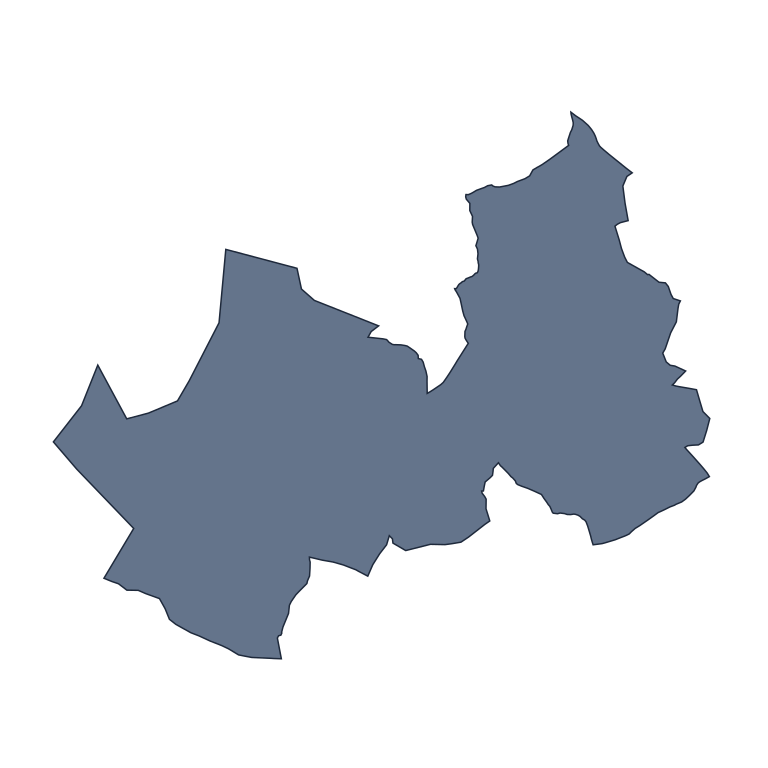 Aboh-Mbaise, Imo, Nigeria, rotated 92°
{"feature_id": "59680162B96723309662383", "entity_name": "Aboh-Mbaise", "entity_type": "district", "adm_level": 2, "iso_a3": "NGA", "parent_name": "Nigeria", "parent_adm1": "Imo", "projection": "orthographic", "projection_center": [7.239, 5.423], "detail": "fine", "context": "isolated", "style": "filled", "palette": "slate", "viewbox_px": 768, "rotation_deg": 92, "n_neighbors": 0, "source": "geoboundaries", "source_scale": "gbopen_adm2", "svg_char_len": 4503}
<svg xmlns="http://www.w3.org/2000/svg" viewBox="0 0 768 768"><g transform="rotate(92 384 384)"><path d="M290.6,90.7L288.5,97.9L284.4,100.3L276.6,103.3L273.1,106.3L272.7,112.7L265.2,123.0L265.5,124.4L262.9,127.7L254.0,145.0L248.8,147.9L240.3,151.4L231.7,154.0L218.2,158.7L216.3,156.5L214.5,153.4L212.2,145.7L194.9,149.4L177.8,152.2L168.1,148.5L164.3,143.3L160.1,149.2L146.6,167.2L142.6,172.3L141.2,174.0L140.0,175.5L138.6,176.9L136.3,178.3L133.7,179.7L131.1,180.6L128.9,181.5L126.0,183.0L122.5,185.4L118.5,188.9L113.5,194.9L109.2,201.9L105.8,206.7L107.5,206.5L110.4,205.7L113.6,204.7L116.3,204.0L118.8,204.0L123.3,205.2L126.1,206.5L129.9,207.6L132.3,208.3L134.6,208.9L137.2,208.5L139.1,207.8L153.6,226.1L159.3,233.8L161.4,237.1L162.1,238.4L163.0,239.7L164.8,242.6L170.9,245.7L173.9,250.3L177.0,257.8L179.0,261.4L181.1,266.6L182.2,271.4L183.1,275.4L183.1,279.8L182.4,281.9L181.3,283.3L182.2,287.3L184.1,290.5L185.1,293.1L186.0,295.3L187.2,298.3L189.3,301.5L190.5,303.5L191.8,306.3L191.8,308.7L194.1,308.9L196.4,308.2L200.5,304.5L207.7,304.3L213.4,301.4L219.2,301.5L221.5,301.0L232.0,296.2L234.9,295.0L238.9,296.0L242.6,297.0L245.9,295.3L250.6,294.6L255.7,295.0L258.3,294.2L259.6,294.1L261.2,293.6L262.6,293.5L265.1,293.6L266.5,293.7L268.2,294.0L269.6,294.7L270.1,296.3L270.7,297.0L271.9,298.0L273.4,299.6L274.1,301.5L275.1,303.6L275.9,305.6L278.3,307.4L279.0,309.3L280.1,310.4L281.2,311.9L282.0,312.7L283.7,313.7L285.1,314.4L286.2,315.2L286.2,316.7L287.4,316.2L289.7,314.6L292.6,312.9L295.8,311.0L297.8,310.5L300.1,309.9L302.5,309.3L308.2,307.9L313.0,306.4L316.5,304.6L319.3,303.2L321.1,302.4L324.2,303.4L326.4,304.0L328.6,304.9L330.5,304.9L333.8,304.9L335.3,304.6L336.7,303.8L338.6,302.5L340.4,301.2L358.3,311.7L361.4,313.4L370.3,318.5L375.2,321.5L380.3,324.8L382.7,327.3L388.1,334.7L390.1,337.6L391.9,340.5L385.8,340.8L379.7,341.1L375.0,341.2L369.5,342.6L365.4,344.2L360.8,345.6L358.0,347.4L357.4,350.6L354.1,350.9L351.6,352.9L349.9,354.9L347.7,358.3L345.3,362.1L344.8,364.4L344.3,368.5L344.3,369.0L344.3,370.6L344.3,373.8L344.4,375.3L344.1,377.1L342.0,380.6L340.4,382.0L339.5,383.0L338.9,386.6L337.8,401.6L332.0,398.6L326.1,391.4L302.9,456.5L292.0,469.8L271.4,475.0L255.0,546.8L328.6,551.0L387.6,578.8L408.1,589.8L421.3,618.4L427.8,639.9L375.1,670.7L416.3,685.5L453.4,712.4L479.7,688.2L537.1,629.1L587.9,657.1L589.4,653.1L590.9,649.0L592.9,642.4L599.0,633.8L598.8,622.4L601.8,614.8L606.3,600.9L616.2,594.9L626.7,590.2L631.5,583.6L635.4,576.0L639.3,568.4L642.3,559.8L647.1,548.4L649.8,540.6L651.0,537.3L651.1,537.0L653.4,531.7L654.0,530.3L659.8,519.9L660.9,513.2L661.9,506.6L662.0,496.1L662.1,487.1L662.2,484.7L662.2,477.0L641.6,481.7L639.3,480.6L638.6,478.3L636.4,477.4L635.9,477.7L630.4,476.5L621.2,473.1L616.6,471.4L608.4,470.8L604.6,469.1L597.7,464.7L594.0,461.4L586.1,454.1L583.4,453.6L578.5,451.7L570.7,451.5L564.5,451.6L562.3,452.3L559.6,452.5L562.2,439.5L563.7,428.7L566.3,418.2L568.5,411.9L570.7,405.5L572.0,403.1L576.6,393.5L565.0,388.9L553.8,382.4L544.6,375.8L535.4,373.4L538.4,370.2L542.7,369.5L549.7,356.5L542.6,332.0L542.4,317.4L541.2,310.4L539.4,301.6L534.0,294.1L520.7,278.2L517.2,273.5L511.4,275.5L505.1,277.7L495.5,277.9L493.0,279.4L489.7,282.1L487.6,282.7L487.4,280.9L483.1,280.3L478.4,279.5L473.8,274.5L471.5,272.4L467.7,272.0L464.5,271.8L458.7,266.9L461.6,264.8L462.6,263.5L465.4,260.5L469.1,256.6L472.2,253.8L473.3,252.2L476.2,249.4L478.8,248.3L479.9,246.8L481.4,242.7L483.2,236.9L485.9,230.0L488.9,222.8L492.8,220.1L496.5,217.2L498.7,215.7L500.5,214.0L502.9,212.8L506.2,211.3L507.2,210.4L507.6,206.0L506.8,203.5L507.0,201.5L507.2,199.1L508.0,196.4L508.0,192.9L507.4,189.9L507.5,188.4L508.3,185.6L509.5,183.4L511.8,181.0L513.0,178.7L514.6,177.3L518.8,175.5L524.1,173.7L528.9,172.1L531.6,171.4L534.6,170.4L537.4,169.4L535.9,160.4L534.9,157.2L531.6,147.5L529.5,142.7L527.6,138.2L526.7,136.3L525.3,133.7L522.9,131.5L519.6,128.0L516.7,123.6L510.6,115.4L506.3,109.8L502.9,105.5L502.0,103.6L499.8,99.3L496.9,94.0L494.9,89.2L494.2,88.3L491.5,82.4L488.6,78.7L484.8,74.9L480.1,70.6L476.3,68.7L474.6,68.2L472.1,66.7L470.8,65.2L469.4,62.9L467.5,59.4L465.2,55.6L461.7,57.9L457.3,61.7L453.3,65.4L446.9,71.5L439.0,79.2L436.9,81.1L435.1,78.3L434.4,73.5L433.9,67.6L430.9,63.1L419.2,59.9L407.1,57.2L400.4,64.3L389.7,67.9L378.8,71.5L377.7,78.9L376.4,88.6L375.8,92.4L374.9,95.8L372.5,93.5L368.8,90.9L366.0,88.0L360.5,83.0L355.9,93.9L355.3,98.6L352.1,102.7L343.4,106.5L339.1,104.2L322.9,99.3L311.7,94.0L298.1,92.8L293.9,92.2L290.6,90.7Z" fill="#64748b" stroke="#1e293b" stroke-width="1.5"/></g></svg>